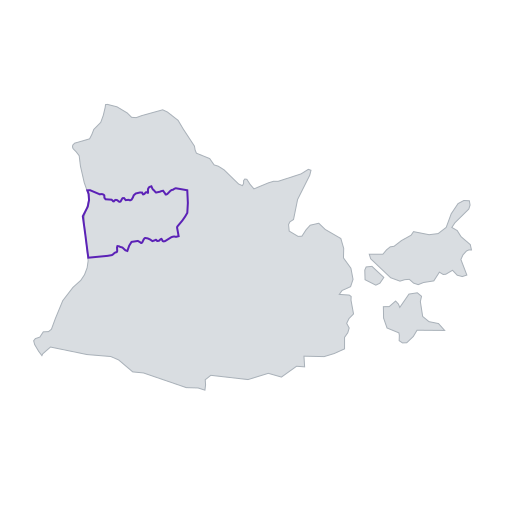 Estonia, with Tartu highlighted, rotated 185°
{"feature_id": "EST-1659", "entity_name": "Tartu", "entity_type": "County", "adm_level": 1, "iso_a3": "EST", "parent_name": "Estonia", "parent_adm1": "", "projection": "orthographic", "projection_center": [26.767, 58.415], "detail": "fine", "context": "in_parent", "style": "outline", "palette": "violet", "viewbox_px": 512, "rotation_deg": 185, "n_neighbors": 0, "source": "natural_earth", "source_scale": "10m", "svg_char_len": 4162}
<svg xmlns="http://www.w3.org/2000/svg" viewBox="0 0 512 512"><g transform="rotate(185 256 256)"><path d="M419.1,393.7L417.3,394.1L407.5,392.5L396.8,387.3L392.0,383.3L387.4,383.4L381.8,386.0L361.7,393.5L356.8,391.7L345.4,384.3L339.6,376.2L326.9,360.1L325.9,356.3L324.3,353.2L310.6,349.0L305.7,343.1L301.5,342.2L295.4,339.1L279.6,326.2L275.7,324.9L274.7,327.0L274.9,330.0L273.9,331.7L271.8,331.6L268.2,326.9L263.9,322.7L249.9,330.0L244.9,332.0L240.5,332.3L218.3,341.7L211.4,346.9L208.7,346.2L209.5,341.1L219.5,315.9L221.8,295.6L225.2,293.0L226.3,290.2L225.1,283.7L215.8,279.2L212.0,279.7L208.4,286.5L204.7,291.4L196.3,294.1L189.4,288.5L173.0,280.8L169.3,271.2L168.7,261.7L160.4,252.1L157.3,241.2L159.1,233.7L167.2,229.2L169.7,225.0L159.7,225.2L157.7,224.0L157.5,220.2L153.8,206.8L157.9,201.8L159.8,196.8L156.9,192.4L157.9,187.5L160.7,182.7L159.7,171.2L169.7,165.6L179.4,161.7L199.5,160.4L197.9,149.8L206.0,149.7L220.1,137.6L233.5,140.2L253.2,132.2L290.6,133.2L295.8,128.3L295.0,123.2L295.2,117.9L302.2,119.5L314.0,118.8L357.9,129.7L368.7,129.8L383.8,140.5L391.9,143.2L415.8,143.1L452.8,147.4L459.9,140.0L460.6,138.1L464.2,142.1L468.8,148.5L470.1,152.2L468.6,154.5L464.2,156.4L463.2,158.4L461.3,161.9L456.1,162.6L453.4,165.2L450.4,176.3L444.6,194.7L435.6,208.8L428.4,216.5L425.2,222.4L423.2,229.5L422.8,236.6L430.3,275.3L430.3,282.3L428.7,289.6L427.6,296.9L428.6,303.3L433.5,314.1L438.7,330.2L440.9,340.5L444.3,344.2L447.6,347.0L448.3,348.7L448.2,350.5L446.5,352.6L432.0,358.2L430.1,362.8L428.6,368.0L422.3,375.6L420.4,382.7L419.2,390.8L419.1,393.7ZM96.6,242.7L101.2,246.1L105.7,245.4L110.4,243.5L120.0,246.1L141.5,263.2L143.3,267.6L129.8,268.8L126.5,273.5L123.1,276.8L119.3,277.7L112.4,284.1L103.3,290.2L101.2,294.0L85.4,292.3L76.5,294.2L69.0,301.1L65.2,315.1L59.3,325.8L53.8,329.4L48.3,329.6L47.2,325.4L48.1,321.3L60.7,306.5L63.4,301.5L57.8,298.9L53.4,293.1L43.5,286.0L41.9,280.8L44.5,280.6L46.8,279.3L49.9,275.2L51.6,270.4L44.3,255.4L48.7,253.5L53.9,254.4L59.0,258.9L65.3,254.4L67.9,253.9L71.9,255.9L76.7,246.7L86.8,244.2L91.9,241.6L96.6,242.7ZM118.9,217.2L113.0,223.3L109.9,220.5L108.3,217.3L100.3,231.4L92.1,233.4L87.6,230.3L88.3,224.9L84.7,210.3L78.0,205.7L68.3,204.6L61.6,198.3L89.1,196.1L92.3,189.5L98.3,182.7L102.5,182.2L106.0,184.1L106.3,189.6L107.0,191.9L119.2,195.7L123.5,205.3L124.7,216.6L118.9,217.2ZM145.3,254.7L139.6,255.8L126.8,245.8L130.2,239.7L134.1,237.4L145.3,241.9L146.4,251.5L145.3,254.7Z" fill="#d9dde1" stroke="#a8b0b8" stroke-width="1"/><path d="M422.9,239.7L424.4,246.3L427.9,262.4L432.0,280.5L427.9,290.5L427.2,297.1L428.1,303.2L429.8,306.7L427.1,307.1L416.9,303.8L415.8,304.2L415.2,304.2L414.5,304.2L413.7,304.0L413.0,303.7L412.4,303.1L412.1,300.8L410.8,299.4L404.8,299.5L403.7,298.7L403.2,298.1L402.9,298.0L402.4,298.0L401.3,299.4L400.5,299.7L399.1,299.5L397.2,298.2L396.4,298.1L395.6,298.6L394.5,301.1L394.1,301.8L393.9,302.0L392.5,302.2L390.7,300.3L387.6,300.9L387.1,300.6L386.3,300.5L385.6,300.8L384.8,301.4L383.7,303.7L383.1,305.8L381.2,307.8L377.0,309.2L374.9,309.2L374.7,308.7L374.0,307.6L373.4,307.6L372.6,308.1L371.8,309.2L371.2,309.9L370.5,310.0L369.4,309.5L369.1,309.6L369.1,310.3L369.3,311.4L369.4,312.5L369.3,313.7L368.7,314.8L368.3,315.4L366.3,316.3L365.1,314.1L364.5,313.3L363.1,312.3L362.4,311.5L361.1,310.5L357.2,311.7L356.2,312.3L354.9,312.7L354.2,312.9L352.8,311.2L352.2,310.6L351.4,309.4L350.6,309.5L349.7,310.1L347.0,313.4L345.8,314.4L344.6,314.7L343.1,315.9L341.8,316.5L330.2,315.5L328.5,302.9L328.2,293.0L330.0,289.2L332.4,285.0L337.0,278.4L337.1,277.4L334.8,269.0L337.3,268.1L339.3,268.3L340.7,267.9L341.9,267.4L347.9,262.9L349.2,262.5L350.2,262.7L350.7,263.4L351.2,264.3L351.7,264.8L352.5,264.4L354.0,262.7L355.7,262.3L356.9,263.4L357.3,263.4L358.2,262.8L360.5,261.8L362.9,263.2L365.4,264.1L367.9,264.3L368.2,264.2L368.5,264.0L369.3,262.8L370.4,259.9L371.1,259.0L371.8,259.0L372.6,259.6L375.0,260.7L381.2,259.2L383.2,255.3L384.6,249.8L386.6,250.3L389.8,252.8L392.4,253.3L393.2,253.7L394.9,253.8L395.2,252.5L394.7,248.9L394.9,248.0L395.3,247.6L395.8,247.5L396.5,247.2L397.3,246.6L398.4,245.4L399.2,244.6L400.1,244.2L403.9,243.2L422.9,239.7L422.9,239.7Z" fill="none" stroke="#5b21b6" stroke-width="2"/></g></svg>